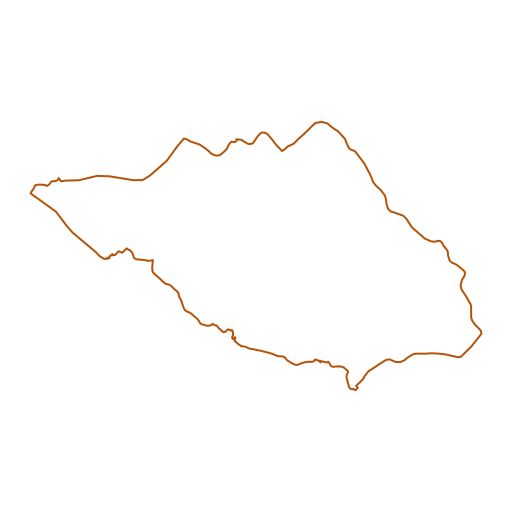 outline of Ciudanovita, Caras-Severin, Romania
{"feature_id": "2599482B63331556118076", "entity_name": "Ciudanovita", "entity_type": "district", "adm_level": 2, "iso_a3": "ROU", "parent_name": "Romania", "parent_adm1": "Caras-Severin", "projection": "orthographic", "projection_center": [21.762, 45.134], "detail": "fine", "context": "isolated", "style": "outline", "palette": "amber", "viewbox_px": 512, "rotation_deg": 0, "n_neighbors": 0, "source": "geoboundaries", "source_scale": "gbopen_adm2", "svg_char_len": 6053}
<svg xmlns="http://www.w3.org/2000/svg" viewBox="0 0 512 512"><path d="M385.9,360.0L389.4,359.3L395.5,361.9L400.0,362.2L404.4,360.3L406.4,358.5L408.6,356.9L410.9,355.5L413.3,354.2L416.2,353.6L421.6,353.7L427.0,353.6L431.1,353.3L438.6,353.6L445.4,354.4L458.1,357.2L460.9,356.8L471.7,346.1L481.3,333.9L481.1,331.2L479.5,329.1L475.3,325.0L472.0,320.3L471.2,317.5L471.1,306.0L470.4,303.9L466.0,296.2L461.7,289.8L460.6,285.4L462.0,279.8L464.2,276.3L464.6,275.4L464.8,274.5L464.9,273.6L464.9,272.6L464.8,272.1L463.5,270.3L456.5,264.7L451.9,262.6L449.7,260.7L448.1,255.7L447.8,251.7L446.9,249.9L443.1,245.1L442.7,244.0L442.1,243.0L441.4,242.1L440.6,241.3L438.6,240.8L437.8,240.9L437.0,241.1L436.2,241.3L435.4,241.7L433.0,241.6L430.6,241.2L424.9,238.6L412.0,227.5L406.4,218.8L403.4,215.8L393.6,212.3L390.7,211.5L388.1,208.9L386.5,204.0L386.3,201.8L386.0,199.6L385.5,197.5L384.8,195.4L382.2,191.9L381.3,190.8L379.0,188.4L376.5,186.2L373.2,182.3L370.8,175.8L364.3,163.5L355.2,151.4L349.4,148.8L347.9,146.0L346.8,143.7L345.9,141.3L345.0,138.9L337.9,131.2L335.1,129.5L332.5,127.6L329.9,125.6L327.5,123.4L321.5,121.9L315.5,123.0L313.2,124.9L309.7,128.5L306.1,132.0L302.3,135.5L298.5,138.8L293.6,143.8L287.6,146.5L286.4,147.8L285.0,149.0L283.6,150.0L282.1,151.0L279.4,148.3L276.8,145.5L274.6,142.8L272.4,139.9L267.7,134.4L266.9,133.8L266.0,133.2L265.0,132.9L264.0,132.6L262.6,132.6L261.9,132.6L261.1,132.9L260.3,133.4L259.8,134.1L257.8,136.1L252.9,143.3L251.6,143.7L250.7,143.9L249.8,144.0L248.8,144.0L247.9,143.8L241.1,139.7L236.6,139.3L236.4,141.1L234.7,142.1L231.5,141.7L230.7,142.4L230.0,143.2L229.3,144.1L228.7,144.9L228.2,145.8L227.7,146.8L227.3,147.8L226.9,148.8L223.7,152.0L220.0,155.1L217.4,155.6L215.9,155.4L214.5,155.1L213.2,154.6L211.8,154.0L208.9,151.3L205.9,148.8L202.6,146.5L199.3,144.4L189.9,141.3L188.6,140.3L187.1,139.5L185.5,138.9L183.9,138.6L177.8,145.7L166.5,161.1L149.6,175.8L142.6,180.1L133.6,180.2L109.3,176.3L97.1,175.9L78.5,180.3L65.5,180.6L62.9,181.1L60.9,181.1L58.7,178.3L57.5,180.2L55.1,181.2L53.3,181.2L51.5,181.5L49.2,184.4L47.0,185.9L45.2,185.1L42.0,184.7L37.8,184.7L35.2,185.3L34.2,187.6L32.6,190.2L31.4,191.6L30.7,193.3L32.4,194.7L56.0,211.7L67.1,226.4L72.7,232.7L95.8,252.1L99.7,256.2L104.2,258.9L107.2,258.7L107.3,257.9L108.6,258.3L109.1,258.2L109.4,257.9L109.1,257.3L109.5,256.6L110.3,255.6L111.9,255.4L111.9,254.7L112.3,254.2L112.7,254.5L113.0,254.9L114.4,255.1L115.0,255.0L118.6,251.3L122.3,252.7L126.6,248.5L130.6,250.8L132.2,252.7L134.1,258.1L136.5,259.4L139.5,259.5L142.4,259.8L145.3,260.2L148.2,260.8L152.8,260.3L152.2,268.0L152.5,271.0L153.0,272.3L154.0,273.6L154.6,274.0L155.3,274.6L156.1,275.5L156.8,276.1L158.5,277.4L159.0,277.9L160.9,279.5L161.7,280.6L162.6,281.3L163.7,282.1L164.4,282.7L165.3,283.7L166.5,284.1L168.4,284.4L170.3,285.3L171.3,286.0L171.7,286.5L172.7,287.5L173.7,288.4L174.5,289.2L175.2,289.8L175.9,290.3L176.5,290.9L177.5,291.8L178.3,292.9L178.6,293.8L178.8,295.3L179.2,296.6L179.5,297.3L180.7,299.5L181.2,300.7L182.0,302.7L182.2,303.6L183.7,307.9L184.1,308.7L185.4,310.6L186.5,311.3L188.7,312.2L190.3,313.0L191.0,313.5L192.7,314.8L193.5,315.7L197.4,318.9L198.0,319.7L199.0,321.1L199.4,322.0L199.7,322.5L200.2,323.2L200.8,323.7L201.8,324.3L202.5,324.5L205.7,325.3L207.0,325.7L207.8,325.8L208.3,325.8L209.3,325.7L210.0,325.5L210.7,325.2L211.5,324.8L211.9,324.3L212.2,324.1L212.4,324.0L213.1,324.3L214.3,325.0L214.8,325.2L216.4,325.4L216.8,325.7L217.2,326.0L217.6,326.8L218.5,328.0L219.8,329.0L221.1,330.2L221.6,330.8L222.4,331.4L223.4,332.2L224.0,332.0L224.4,332.0L224.8,331.9L225.3,331.7L225.7,331.6L226.0,331.3L226.3,331.0L226.6,330.3L226.9,330.1L227.3,329.9L227.7,329.5L229.5,329.7L229.8,329.8L230.2,330.1L230.4,330.2L230.5,330.5L230.9,330.6L231.1,330.5L231.4,330.2L231.7,330.1L232.1,330.2L232.3,330.5L233.0,332.4L233.1,332.8L232.9,333.2L233.1,334.1L233.0,335.4L232.6,336.0L232.3,336.9L232.1,337.8L232.8,338.9L233.0,339.0L233.4,338.8L234.4,337.6L234.8,337.3L235.1,337.3L235.3,337.6L235.3,337.9L235.3,338.1L234.8,338.4L234.5,339.0L234.4,339.4L234.7,339.9L234.9,340.3L234.9,340.7L234.8,341.3L235.3,341.6L236.1,342.2L237.4,343.3L237.8,343.7L238.4,344.2L239.5,344.9L241.1,345.9L241.1,346.0L241.6,346.2L242.1,346.3L243.7,346.5L244.6,346.6L245.5,346.8L246.1,347.0L246.7,347.3L248.1,348.1L248.7,348.3L250.3,348.7L253.1,349.2L255.1,349.6L261.5,350.9L263.1,351.4L265.0,351.8L268.0,352.6L271.6,353.6L273.2,354.2L274.5,354.8L275.3,355.1L276.5,355.6L278.3,356.2L280.1,356.3L281.1,356.3L282.2,356.4L283.0,356.6L283.9,356.8L284.2,357.0L284.5,357.2L285.1,357.7L286.5,359.6L287.0,360.2L287.3,360.4L288.9,361.3L290.3,362.4L291.7,363.1L293.9,364.2L295.0,364.6L295.7,364.8L296.6,364.9L297.2,364.8L297.9,364.8L299.5,364.1L300.4,363.7L301.3,363.3L303.6,362.6L305.2,362.2L308.1,361.8L309.4,361.7L310.0,361.8L311.7,361.8L312.3,361.7L313.1,361.5L314.0,361.2L314.3,360.7L314.5,360.4L314.8,359.8L315.1,359.6L315.5,359.5L317.4,360.3L319.1,360.7L319.6,361.5L319.8,361.8L320.5,362.2L320.6,361.9L320.8,361.7L321.0,361.5L321.0,361.1L323.6,361.8L325.3,362.2L326.1,362.3L327.3,362.3L327.5,362.3L328.0,361.9L328.4,361.9L328.8,362.4L329.8,363.9L330.1,364.4L330.3,364.9L330.8,365.7L331.3,366.2L331.7,366.4L332.0,366.5L333.3,366.8L333.7,366.8L334.8,366.6L336.1,366.6L337.8,366.4L338.8,366.4L341.0,366.6L342.2,366.9L342.7,367.1L343.5,367.3L344.1,367.7L346.4,369.9L346.7,370.1L347.3,370.4L347.5,370.7L347.9,371.4L348.0,371.9L347.9,372.3L347.8,372.8L347.4,373.5L346.9,374.4L346.6,375.5L346.5,376.2L346.5,377.3L346.6,377.6L347.2,379.9L347.5,381.6L347.6,382.0L347.9,383.0L348.2,383.7L348.4,384.2L348.6,384.9L348.7,386.0L348.8,386.5L349.0,387.1L349.3,387.6L349.5,387.9L349.8,388.2L350.6,388.7L350.9,389.0L351.2,389.1L352.4,389.2L353.3,389.0L353.6,388.9L354.7,389.9L355.0,390.1L355.4,390.1L355.6,390.0L356.1,389.6L357.3,388.3L357.7,387.8L357.7,387.7L357.4,387.3L356.8,386.5L356.2,385.9L356.6,385.4L357.3,384.7L357.8,384.2L359.7,382.5L361.8,380.3L362.7,379.5L363.1,379.1L364.3,376.6L365.0,375.6L365.8,374.7L367.8,372.1L368.1,371.7L369.3,370.7L369.6,370.6L374.8,367.2L378.8,364.5L385.9,360.0Z" fill="none" stroke="#b45309" stroke-width="2"/></svg>